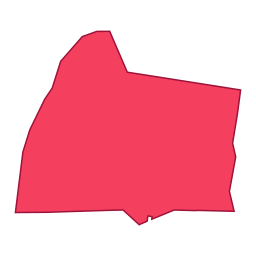 Simpson, Kentucky, United States of America
{"feature_id": "52423323B1208711549143", "entity_name": "Simpson", "entity_type": "district", "adm_level": 2, "iso_a3": "USA", "parent_name": "United States of America", "parent_adm1": "Kentucky", "projection": "orthographic", "projection_center": [-86.578, 36.758], "detail": "fine", "context": "isolated", "style": "filled", "palette": "rose", "viewbox_px": 256, "rotation_deg": 0, "n_neighbors": 0, "source": "geoboundaries", "source_scale": "gbopen_adm2", "svg_char_len": 508}
<svg xmlns="http://www.w3.org/2000/svg" viewBox="0 0 256 256"><path d="M15.4,212.6L18.1,212.5L46.1,212.3L112.9,210.2L113.7,210.2L123.1,210.0L139.2,224.7L139.3,224.6L147.1,221.2L147.9,215.9L152.1,216.6L151.8,219.2L174.2,210.0L195.5,210.6L196.3,210.5L198.6,210.4L234.1,211.3L229.4,191.4L235.7,156.9L232.6,143.2L237.4,114.0L240.6,90.0L127.3,72.2L114.4,42.3L109.7,31.3L96.8,31.4L82.3,36.6L60.7,61.3L52.2,88.1L44.7,99.2L29.8,129.9L22.9,152.0L15.4,212.6Z" fill="#f43f5e" stroke="#9f1239" stroke-width="1.5"/></svg>